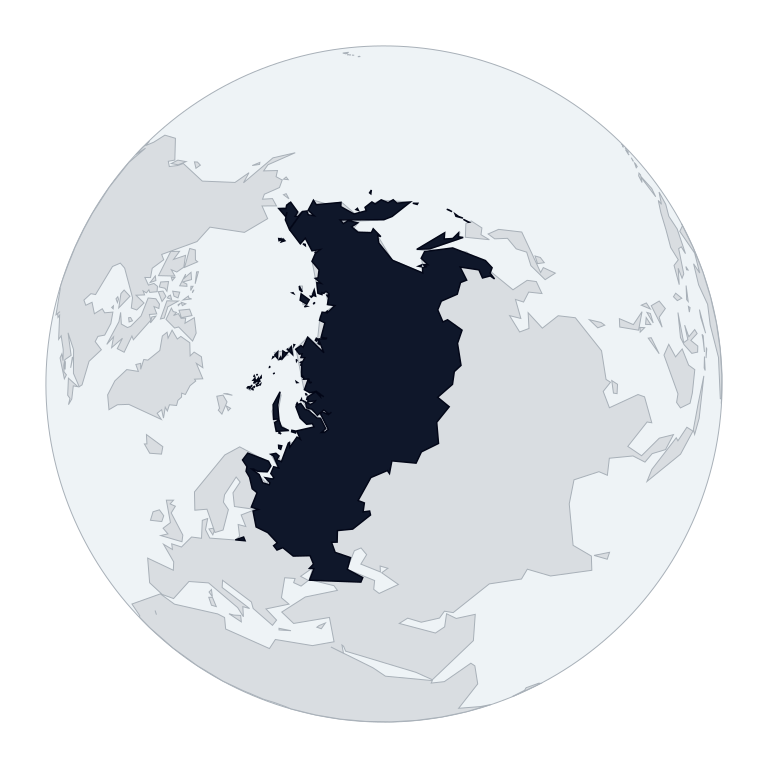 Russia highlighted on a globe, orthographic projection, rotated 287°
{"feature_id": "RUS", "entity_name": "Russia", "entity_type": "country or territory", "adm_level": 0, "iso_a3": "RUS", "parent_name": "Europe", "parent_adm1": "", "projection": "orthographic", "projection_center": [98.07, 61.527], "detail": "fine", "context": "on_globe", "style": "filled", "palette": "ink", "viewbox_px": 768, "rotation_deg": 287, "n_neighbors": 0, "source": "natural_earth", "source_scale": "50m", "svg_char_len": 17982}
<svg xmlns="http://www.w3.org/2000/svg" viewBox="0 0 768 768"><g transform="rotate(287 384 384)"><circle cx="384" cy="384" r="338" fill="#eef3f6" stroke="#a8b0b8"/><path d="M521.4,75.3L539.8,87.0L531.0,79.7L539.5,84.0L547.5,88.8L542.3,86.3L547.9,93.1L557.9,101.7L558.0,112.7L537.0,118.5L533.9,112.6L529.2,115.1L532.7,123.0L536.2,127.6L524.9,150.9L533.2,182.6L546.6,193.1L535.3,190.8L567.8,211.7L579.2,231.5L559.7,208.9L552.6,206.6L557.0,219.7L550.7,220.2L549.3,227.0L541.3,226.6L530.5,214.1L525.2,213.8L528.7,223.1L522.9,229.1L518.6,215.3L508.1,224.4L488.2,206.2L483.1,171.7L465.5,163.5L442.9,133.5L438.4,137.0L426.9,128.5L417.5,129.6L416.0,124.2L409.7,129.8L412.9,134.6L411.2,138.8L405.9,140.0L403.1,133.2L405.3,131.6L401.7,130.2L402.6,126.4L399.2,129.0L396.4,120.9L391.3,130.8L382.5,125.9L382.8,120.1L393.0,118.3L419.0,102.1L422.5,96.5L417.0,90.0L385.2,82.0L384.7,77.3L376.5,72.5L372.1,75.8L376.8,80.9L366.5,86.5L373.6,92.6L370.4,96.0L373.5,103.7L362.0,105.1L349.1,102.6L345.9,96.5L340.1,95.4L334.1,103.7L319.5,95.3L294.9,95.5L292.3,93.3L303.4,83.9L326.1,77.1L340.6,66.9L319.9,76.4L313.9,71.7L308.2,72.3L302.0,74.5L299.9,77.6L295.5,76.8L314.2,66.6L318.5,67.1L312.5,70.2L323.1,67.2L335.7,61.2L331.6,59.8L354.9,53.7L352.3,52.8L355.9,51.3L358.5,53.0L354.3,50.1L381.0,46.5L378.5,46.1L387.7,46.1L393.1,46.3L406.7,47.1L423.0,48.5L422.4,48.3L444.6,51.7L461.8,55.2L492.0,63.8L521.4,75.3ZM690.9,253.2L688.6,251.1L688.4,247.8L690.9,253.2ZM688.2,253.0L688.8,253.0L688.6,253.6L688.2,253.0ZM688.7,255.5L688.4,253.7L689.1,256.1L688.7,255.5ZM689.7,259.4L689.1,257.2L689.3,257.6L689.7,259.4ZM690.2,264.5L690.2,265.6L689.3,263.3L690.2,264.5ZM538.8,129.7L533.5,123.1L532.6,116.1L537.8,121.4L538.8,129.7ZM539.6,144.4L535.3,141.1L541.0,137.8L541.7,140.7L539.6,144.4ZM557.6,200.8L554.4,194.1L559.6,200.5L557.6,200.8ZM550.5,228.0L553.4,229.9L551.4,232.7L550.5,228.0ZM379.7,102.4L376.7,103.0L377.6,101.2L379.7,102.4ZM383.9,105.3L387.1,102.8L389.6,103.9L387.5,105.3L383.9,105.3ZM537.4,234.8L533.3,239.0L535.6,232.5L537.4,234.8ZM379.2,108.1L393.6,106.0L397.9,108.0L393.6,115.4L379.2,108.1ZM529.7,240.0L519.9,250.8L525.5,255.7L504.1,248.6L519.5,241.5L521.5,232.6L524.5,238.8L529.7,240.0ZM416.2,135.6L412.6,130.6L420.5,133.7L416.2,135.6ZM421.7,136.7L448.4,141.3L451.1,149.7L441.6,146.3L449.0,156.6L437.2,158.4L430.5,153.1L431.1,147.2L426.1,152.5L421.7,136.7ZM493.8,243.2L489.9,244.2L492.0,240.8L493.8,243.2ZM411.1,140.7L416.3,140.7L419.0,148.0L409.2,149.3L411.5,146.5L411.1,140.7ZM456.8,158.6L457.0,164.4L447.5,167.4L446.4,170.1L437.2,159.2L456.8,158.6ZM408.2,145.5L404.1,149.8L398.0,147.6L406.3,141.2L408.2,145.5ZM423.9,149.4L424.7,152.9L421.0,151.3L423.9,149.4ZM374.1,142.8L380.2,142.3L382.2,146.0L374.1,142.8ZM403.0,151.6L405.1,152.3L406.6,153.8L402.7,156.2L403.0,151.6ZM431.1,162.2L427.1,162.3L434.4,166.8L427.6,169.4L422.7,161.7L421.9,166.2L419.8,167.0L418.2,159.9L431.1,162.2ZM403.2,163.1L394.6,154.7L382.8,154.6L380.8,151.2L400.1,152.1L403.2,163.1ZM412.1,161.8L406.1,161.8L406.6,157.5L411.0,154.8L412.1,161.8ZM424.7,174.1L436.4,172.0L437.1,173.7L424.7,174.1ZM399.7,163.9L401.8,165.9L398.8,164.4L399.7,163.9ZM416.9,171.8L421.0,170.8L421.6,172.8L416.9,171.8ZM402.7,171.0L400.0,168.2L402.9,166.2L402.7,171.0ZM409.2,172.1L409.1,175.2L405.6,167.2L410.9,171.2L409.2,172.1ZM416.9,173.9L418.6,174.8L415.1,174.1L416.9,173.9ZM393.3,180.4L388.2,170.8L394.6,166.4L398.7,176.2L393.3,180.4ZM82.2,231.9L89.5,218.5L91.1,218.1L99.9,207.3L117.9,231.5L112.2,248.0L115.5,292.2L114.1,299.8L103.4,304.2L97.5,351.8L107.9,354.8L112.9,392.1L122.9,411.6L144.8,400.1L128.6,367.6L136.0,352.9L157.3,371.0L173.0,399.8L176.5,395.1L175.1,369.7L187.5,369.7L175.7,360.5L174.0,369.1L166.5,363.8L167.6,355.7L172.0,355.8L169.7,345.7L149.6,348.4L145.7,357.5L134.4,336.9L126.8,350.3L120.6,347.9L131.1,324.5L136.8,320.9L149.1,287.0L142.1,288.7L130.0,321.1L129.8,314.1L120.3,317.6L127.4,309.4L142.5,274.4L138.1,255.2L117.3,245.5L117.9,233.5L125.4,218.0L148.4,208.9L144.3,237.0L152.4,234.9L166.3,220.0L163.9,230.1L169.1,227.7L168.9,238.0L181.4,244.7L183.1,254.6L200.5,250.1L203.8,254.7L192.5,255.9L185.7,262.4L191.4,287.7L196.2,290.4L207.0,285.6L207.3,293.5L217.0,285.7L226.4,297.7L223.1,276.8L235.8,271.4L248.2,275.1L251.8,269.8L231.5,263.9L224.0,265.0L218.4,271.9L197.3,272.8L192.6,265.8L212.5,251.3L208.0,240.0L225.4,234.3L269.6,252.5L281.7,264.4L275.3,297.2L265.3,297.8L262.6,286.1L253.7,302.7L259.9,298.6L260.1,305.4L272.2,302.6L272.9,307.4L283.3,296.9L285.6,302.4L278.9,309.0L298.8,310.4L306.8,320.8L310.9,318.9L313.1,313.9L321.8,330.9L324.5,328.8L322.7,322.4L326.8,314.1L337.5,306.3L339.9,312.6L336.4,316.3L332.6,333.7L322.8,343.0L324.9,344.8L334.0,338.4L338.6,316.9L344.4,310.5L343.6,320.7L344.3,316.5L348.0,315.3L353.8,320.2L355.3,309.1L391.9,289.5L406.9,297.6L402.1,308.4L430.2,303.0L444.9,313.6L443.2,307.5L455.5,301.5L451.1,298.1L451.2,294.7L480.8,279.1L489.6,280.7L500.4,268.1L499.6,265.1L493.6,263.1L504.1,248.6L525.5,255.7L526.4,262.0L539.2,262.6L539.4,277.3L545.5,290.1L538.3,306.6L543.8,315.7L548.2,314.9L558.9,327.1L565.7,355.8L540.8,335.9L526.7,295.8L530.8,312.2L524.1,309.7L522.0,316.4L525.3,328.2L529.3,328.7L505.0,355.5L501.6,389.4L515.9,382.9L525.9,389.0L534.5,424.4L511.8,479.8L525.0,490.6L526.5,499.7L516.7,508.6L514.2,495.5L503.2,493.5L503.3,485.0L486.7,495.7L486.1,484.1L473.4,498.5L479.5,506.4L494.3,501.0L483.7,519.1L500.2,530.6L503.3,547.6L479.4,582.3L453.3,595.0L451.9,600.1L441.0,595.8L427.2,606.5L448.2,630.0L447.9,636.9L425.2,651.4L424.6,646.7L395.6,635.4L390.7,651.3L412.7,663.1L420.2,675.6L403.6,672.4L395.8,660.8L385.6,656.4L388.0,643.2L378.9,621.2L362.0,624.3L363.0,615.2L347.9,593.7L323.5,596.2L285.0,612.0L280.1,632.6L266.6,637.2L249.1,599.4L248.8,575.2L237.7,572.5L223.6,543.1L185.6,517.0L184.4,508.2L176.4,505.5L167.1,489.3L167.0,475.1L159.5,468.6L160.9,506.0L169.5,513.0L182.6,511.0L180.9,521.6L190.4,538.6L164.7,544.5L115.3,516.7L117.6,498.9L117.3,425.4L121.3,422.1L121.6,421.4L122.1,420.1L114.6,424.0L117.0,410.1L109.4,456.3L105.0,470.8L114.5,516.9L111.8,516.6L117.0,528.7L142.4,548.7L141.0,553.3L124.6,561.3L95.7,550.2L103.7,570.5L108.7,579.9L94.7,558.7L82.4,536.5L71.8,513.4L63.0,489.6L56.0,465.2L50.8,440.4L47.5,415.2L46.1,389.9L46.7,384.3L47.3,372.8L47.3,360.8L48.8,347.1L49.6,338.8L52.8,316.8L60.1,287.7L69.9,259.3L82.2,231.9ZM100.5,231.3L97.4,233.4L97.4,233.5L100.5,231.3ZM182.3,440.6L196.5,456.4L202.8,437.0L208.9,441.6L208.8,433.5L203.2,435.5L205.0,414.5L215.7,417.3L220.5,410.0L215.9,404.4L196.0,402.8L193.3,432.5L184.6,434.2L182.3,440.6ZM312.8,72.3L311.2,73.1L304.7,74.8L307.3,73.0L312.8,72.3ZM278.4,89.8L272.0,88.3L278.4,87.9L280.8,84.8L297.3,80.5L291.9,92.1L291.4,87.4L278.4,89.8ZM317.7,78.7L307.9,79.6L318.8,78.1L317.7,78.7ZM198.0,206.0L193.6,211.9L187.5,211.7L185.4,200.5L194.3,200.5L198.0,206.0ZM189.0,220.3L209.3,209.8L211.4,216.7L206.8,214.5L206.1,220.2L198.5,218.2L180.7,235.8L174.1,236.9L173.8,214.8L177.5,221.2L181.5,214.9L189.0,220.3ZM257.4,174.8L266.2,171.6L259.4,190.8L251.9,191.7L249.3,180.2L256.6,172.4L257.4,174.8ZM368.8,122.1L372.7,120.4L373.5,122.2L370.9,125.0L368.8,122.1ZM376.8,142.3L353.0,131.4L356.2,128.9L338.4,126.2L339.8,118.6L351.3,120.5L339.1,112.9L350.0,111.6L340.8,107.3L366.1,112.3L375.5,111.2L364.5,115.3L363.0,122.2L365.1,124.9L378.1,131.8L397.3,133.3L398.8,140.9L394.8,145.9L390.4,146.6L390.8,141.4L384.6,146.2L381.9,139.3L376.8,142.3ZM346.6,206.0L348.9,198.5L336.0,209.2L333.2,201.4L331.8,203.1L325.7,199.0L315.9,197.1L316.1,193.2L312.3,194.2L308.1,191.7L302.8,191.9L301.4,184.9L294.8,184.7L297.8,181.6L286.9,183.1L294.4,178.9L289.7,175.6L285.0,181.4L289.9,145.9L286.2,135.1L279.0,128.5L292.8,122.9L308.3,125.7L322.6,133.8L324.2,145.4L330.1,141.0L332.6,145.3L326.9,147.0L337.2,147.1L337.8,151.2L350.5,159.8L365.1,158.0L370.1,161.4L364.7,164.1L373.5,165.6L366.6,173.2L370.1,175.8L366.7,186.2L354.2,190.4L359.0,193.1L356.7,201.4L346.6,206.0ZM392.0,183.2L377.7,189.5L369.1,188.4L378.5,170.9L376.3,167.4L382.1,156.6L394.4,158.5L391.6,161.3L391.8,164.6L387.9,162.7L391.2,166.7L387.4,170.8L389.0,175.1L383.9,175.9L392.0,183.2ZM119.0,302.9L119.1,307.9L120.8,314.6L114.8,317.1L119.0,302.9ZM128.8,278.8L129.8,282.3L122.1,288.7L122.0,283.7L128.8,278.8ZM137.0,279.1L130.5,282.0L133.9,277.5L137.0,279.1ZM194.2,259.0L196.1,262.7L193.8,264.6L189.7,264.4L194.2,259.0ZM307.8,237.8L310.5,233.2L312.7,233.8L323.4,227.7L326.3,233.3L321.0,239.1L307.8,237.8ZM138.3,397.8L131.6,395.6L131.8,390.9L134.1,392.6L138.3,397.8ZM119.7,355.0L120.9,367.2L118.1,355.5L119.7,355.0ZM312.9,242.8L316.9,239.6L315.9,244.4L312.9,242.8ZM329.0,237.1L328.9,242.3L327.9,233.3L329.0,237.1ZM123.8,599.7L122.8,598.2L132.2,608.0L135.1,608.7L143.2,619.6L143.5,621.4L123.8,599.7ZM502.9,684.4L512.5,681.8L512.0,682.4L502.9,684.4ZM492.9,685.5L504.0,682.4L490.8,687.2L492.9,685.5ZM508.3,681.1L519.6,676.2L524.5,673.6L523.5,675.1L508.3,681.1ZM485.3,687.5L443.3,695.4L426.6,695.8L430.7,693.2L457.8,690.1L485.3,687.5ZM429.3,693.2L403.6,688.1L367.7,664.0L380.6,665.1L418.0,679.2L415.6,681.7L431.2,686.3L429.3,693.2ZM491.1,669.8L488.6,677.0L465.6,681.5L455.1,682.3L447.8,674.5L451.9,669.2L460.5,668.0L493.5,643.3L505.2,644.7L495.2,654.9L504.7,658.9L491.1,669.8ZM281.5,635.0L289.0,648.9L281.7,648.7L281.5,635.0ZM506.4,626.0L493.4,638.3L505.1,623.3L506.4,626.0ZM513.0,612.3L514.1,616.8L508.5,613.8L513.0,612.3ZM452.0,607.4L442.9,609.7L442.4,606.1L453.9,600.8L452.0,607.4ZM505.5,561.6L506.3,573.5L504.8,577.9L500.2,572.0L505.5,561.6ZM343.9,288.8L325.8,290.8L314.7,296.6L311.5,306.5L308.2,293.8L325.3,284.8L343.9,288.8ZM385.7,288.6L388.4,280.5L392.4,283.7L392.4,286.0L385.7,288.6ZM383.6,283.9L377.2,274.7L382.1,269.9L386.2,278.1L383.6,283.9ZM344.4,258.0L338.8,258.1L339.7,254.1L344.4,258.0ZM465.7,711.9L463.9,712.2L468.3,711.2L468.3,709.9L507.2,696.1L535.8,678.7L554.8,670.2L570.8,655.9L589.5,644.9L582.4,653.5L600.0,642.8L616.5,622.2L622.7,623.2L624.5,621.4L605.2,639.4L584.6,656.0L562.7,670.8L539.7,683.9L515.8,695.2L491.1,704.5L465.7,711.9ZM681.4,543.8L682.8,541.1L683.1,540.7L681.4,543.8ZM526.6,676.7L540.3,667.4L547.4,663.9L526.6,676.7ZM680.1,545.5L677.0,550.4L677.5,549.2L680.1,545.5ZM680.7,543.5L680.6,543.0L681.9,542.2L680.7,543.5ZM675.1,550.5L678.6,546.5L674.6,551.5L675.1,550.5ZM672.7,554.3L669.9,557.4L670.1,556.8L672.7,554.3ZM636.9,596.8L648.0,590.9L638.2,600.9L627.6,607.4L618.0,619.0L596.8,634.2L602.1,628.2L599.6,626.2L576.9,638.5L572.3,638.1L580.7,631.5L565.3,637.3L582.2,626.7L588.8,629.1L598.3,618.3L613.9,608.6L628.6,598.8L639.8,592.6L636.9,596.8ZM581.7,640.0L584.6,638.3L581.9,641.5L581.7,640.0ZM664.5,562.0L668.6,559.0L668.0,560.3L665.9,562.6L664.5,562.0ZM642.5,589.1L654.8,572.1L657.5,569.1L649.3,582.8L642.5,589.1ZM652.1,571.9L657.5,566.7L660.2,566.2L659.0,568.2L652.1,571.9ZM547.2,652.4L546.5,654.4L542.0,655.0L547.2,652.4ZM553.1,648.8L566.5,644.1L551.8,650.8L553.1,648.8ZM511.2,658.5L515.3,661.6L528.2,654.3L518.3,661.7L526.9,665.2L523.8,668.7L515.4,664.7L512.0,673.0L506.2,674.6L503.3,669.4L509.3,659.5L515.0,654.0L538.3,644.2L511.2,658.5ZM553.1,643.7L549.5,640.1L552.1,635.3L556.1,636.4L553.1,643.7ZM538.4,631.0L528.3,627.6L519.6,633.4L537.0,616.7L543.8,622.9L538.4,631.0ZM529.3,618.1L521.1,623.6L529.3,614.5L529.3,618.1ZM518.8,621.8L517.5,616.7L524.2,615.3L518.8,621.8ZM533.6,616.8L534.6,607.0L538.2,611.2L533.6,616.8ZM513.7,605.1L528.6,609.6L509.9,611.7L507.4,592.8L515.3,590.0L513.7,605.1ZM546.9,501.8L544.0,495.7L550.6,491.0L550.7,496.5L546.9,501.8ZM569.6,471.3L551.4,487.8L536.4,501.2L541.9,502.3L540.1,515.4L530.9,507.6L540.1,489.9L551.8,481.9L551.9,470.9L559.4,459.5L555.2,447.4L557.9,439.7L565.4,448.4L569.6,471.3ZM552.8,442.6L548.1,418.9L561.3,415.4L565.4,419.8L561.9,432.0L555.1,433.1L552.8,442.6ZM550.8,412.3L544.2,413.2L523.3,383.4L522.2,376.3L545.1,396.5L540.1,398.6L542.9,406.7L550.8,412.3ZM492.0,247.2L490.1,244.4L493.9,245.5L492.0,247.2ZM448.5,293.0L449.3,288.7L453.7,289.9L448.5,293.0ZM453.8,277.4L448.3,279.1L453.2,274.7L453.8,277.4ZM436.1,283.4L445.6,278.5L438.0,287.0L436.1,283.4Z" fill="#d9dde1" stroke="#a8b0b8" stroke-width="1"/><path d="M521.1,453.0L516.8,459.0L518.4,454.0L514.2,447.2L520.9,441.4L518.1,422.6L507.5,432.7L503.4,427.5L491.3,427.8L480.0,414.6L470.6,413.7L460.6,422.2L464.0,426.0L458.3,442.9L444.4,442.4L424.3,452.2L416.4,447.6L403.7,449.6L387.0,439.2L381.3,453.0L362.8,445.6L343.1,453.5L330.0,439.6L317.7,437.8L312.8,414.0L300.0,415.4L302.2,412.5L290.7,398.8L265.0,393.3L264.5,400.0L255.6,401.4L258.3,407.4L254.8,409.4L236.1,396.5L230.2,382.3L219.1,385.4L217.3,380.1L208.7,386.5L208.2,402.7L196.0,403.1L192.6,420.3L187.8,419.8L174.6,370.1L187.0,371.0L185.9,366.6L191.2,369.2L198.2,363.5L192.9,347.5L197.9,335.1L193.9,330.2L197.1,325.7L200.9,328.4L207.9,316.3L209.9,303.5L224.2,295.9L227.3,300.5L227.5,293.1L242.9,294.4L245.3,288.6L255.5,282.7L260.2,277.6L264.9,277.1L270.0,270.9L278.1,273.9L276.4,296.1L272.6,299.8L266.0,298.1L263.6,288.8L264.6,284.2L264.0,282.1L260.9,291.1L254.1,296.8L254.0,303.7L256.1,304.0L259.7,297.9L260.6,305.5L262.4,306.0L265.3,301.9L272.6,302.7L272.9,307.9L282.9,299.3L283.7,296.3L286.1,300.9L284.5,304.7L280.1,303.6L279.7,308.6L299.5,309.8L300.5,310.7L295.8,312.4L307.8,316.3L306.7,320.2L313.7,314.3L322.5,329.6L325.3,327.0L322.9,321.8L326.9,313.8L336.5,306.4L339.6,308.1L341.1,310.1L336.6,316.0L336.8,319.3L331.8,329.9L332.6,333.3L324.3,341.2L319.3,338.3L320.3,341.3L324.3,344.0L336.5,332.4L339.4,332.7L338.4,339.8L341.7,342.0L339.2,340.2L341.6,333.9L334.6,329.5L338.8,322.5L338.6,317.0L343.4,314.4L344.5,310.7L342.8,319.7L346.7,323.1L348.0,323.4L344.6,316.4L349.7,315.1L356.6,321.0L353.2,326.9L355.3,325.7L354.2,330.2L357.3,321.4L353.9,315.7L355.3,309.6L365.8,310.1L363.5,312.3L363.4,313.0L364.6,314.5L363.7,312.6L366.8,310.7L365.0,305.5L366.7,305.4L367.9,303.9L367.4,302.9L378.4,299.6L377.2,298.7L386.1,300.7L385.0,296.8L388.9,296.9L387.8,294.3L391.4,289.4L396.4,293.4L395.4,295.9L406.4,297.3L396.3,317.4L405.0,310.5L403.0,310.5L403.6,309.1L408.2,308.7L409.9,314.8L410.5,315.7L411.1,315.6L410.3,310.2L425.2,309.6L426.1,303.7L434.6,303.8L435.2,307.3L437.8,308.8L434.5,308.4L444.6,314.1L443.5,306.7L454.0,305.3L455.7,301.4L453.1,300.0L453.3,298.0L451.4,298.5L451.5,294.2L461.3,290.1L461.8,294.5L464.9,287.4L466.2,289.9L474.2,288.5L480.2,279.3L488.8,280.2L494.0,283.8L490.3,276.2L500.4,266.1L493.6,263.0L504.0,248.6L525.0,255.5L526.9,259.6L523.7,262.2L524.5,268.1L528.0,260.7L539.1,262.8L535.7,266.8L545.1,289.8L541.0,290.8L537.8,305.6L544.5,316.4L547.4,314.2L554.6,319.2L553.5,322.9L559.3,327.5L558.6,334.9L562.9,338.9L560.7,343.5L565.8,356.1L546.6,342.8L541.2,336.0L528.0,294.0L525.5,298.3L529.8,302.1L530.4,311.7L524.9,307.1L521.5,314.7L525.1,327.7L529.3,328.3L524.0,337.9L524.2,334.5L517.3,337.8L504.8,356.0L501.5,388.6L506.4,386.8L508.9,390.9L508.6,388.3L509.7,386.8L510.9,391.2L515.1,382.8L522.5,384.1L534.2,409.9L531.7,444.9L526.8,453.4L521.1,453.0ZM504.3,248.3L512.1,241.7L520.1,241.0L515.4,240.9L521.0,232.1L523.1,239.0L526.6,238.6L530.6,241.6L523.3,251.3L518.4,250.0L519.2,252.8L525.0,255.5L504.3,248.3ZM346.2,286.9L332.8,288.5L319.8,293.7L318.0,288.7L331.8,284.0L346.2,286.9ZM522.4,376.0L546.4,397.8L540.2,399.2L543.3,407.3L550.4,411.1L546.5,412.0L547.3,416.9L526.6,388.2L522.4,376.0ZM315.1,290.7L319.1,293.9L312.8,298.5L311.7,306.5L307.2,294.8L315.1,290.7ZM437.7,286.7L439.6,279.3L446.0,278.4L442.7,287.9L437.7,286.7ZM378.6,279.5L386.0,277.7L385.1,280.9L386.1,282.7L378.6,279.5ZM379.7,271.0L383.8,273.0L377.5,274.6L379.7,271.0ZM389.3,280.9L389.0,283.3L392.5,284.4L385.5,287.9L389.3,280.9ZM448.2,278.9L449.5,275.8L452.9,274.3L448.2,278.9ZM191.5,287.4L196.6,294.5L193.5,297.0L191.5,287.4ZM342.0,257.2L344.4,258.2L339.5,256.4L342.0,257.2ZM448.1,289.6L453.4,289.8L448.0,292.9L448.1,289.6ZM493.0,245.3L490.4,241.7L492.3,240.8L493.0,245.3ZM295.0,304.3L291.3,304.3L291.7,302.2L294.6,301.1L295.0,304.3ZM346.5,259.1L348.9,259.6L349.0,261.2L346.5,259.1ZM352.4,263.3L350.1,264.6L349.3,263.0L350.6,262.1L352.4,263.3ZM354.0,264.8L352.7,263.5L355.3,264.3L354.0,264.8ZM313.2,313.4L311.3,313.7L311.3,309.6L312.8,309.4L313.2,313.4ZM379.6,277.3L377.8,278.4L376.8,276.6L379.6,277.3ZM349.4,257.8L351.9,258.9L350.1,259.6L349.4,257.8ZM493.0,245.3L492.0,247.3L490.0,244.4L493.0,245.3ZM341.6,254.8L342.3,256.5L339.9,254.1L341.6,254.8ZM340.4,306.8L337.6,306.1L340.6,306.5L340.4,306.8ZM408.0,305.9L407.5,307.8L405.2,306.8L405.8,305.5L408.0,305.9ZM494.3,265.5L494.5,267.8L493.3,268.3L494.3,265.5ZM347.7,263.6L347.2,262.2L348.5,264.0L347.7,263.6ZM350.5,260.0L350.0,261.7L349.5,260.0L350.5,260.0ZM567.4,402.2L566.0,406.3L565.7,411.0L565.4,403.8L567.4,402.2ZM346.0,262.2L345.7,263.9L344.9,263.0L346.0,262.2ZM349.7,314.5L347.3,315.0L346.9,314.6L349.7,314.5ZM544.2,307.2L542.5,308.8L542.6,306.2L544.2,307.2ZM446.4,288.0L447.0,290.0L445.7,289.1L446.4,288.0ZM506.7,382.5L508.7,384.9L507.0,385.2L506.7,382.5ZM565.3,358.7L566.7,363.5L565.4,363.2L565.3,358.7ZM344.2,261.2L342.9,260.8L343.0,260.2L344.2,261.2ZM352.2,311.6L351.1,313.3L350.8,312.7L352.2,311.6ZM435.8,286.1L435.8,287.6L434.5,285.3L435.8,286.1ZM563.3,417.3L564.7,411.7L563.6,418.0L563.3,417.3ZM377.7,269.9L377.7,270.7L376.6,269.9L377.7,269.9ZM307.4,297.9L306.2,300.2L306.4,297.7L307.4,297.9ZM352.7,262.0L351.8,262.2L351.4,261.6L352.7,262.0ZM367.9,269.5L366.5,269.8L366.4,269.6L367.9,269.5ZM562.6,314.3L565.8,315.2L562.0,315.8L562.6,314.3ZM490.4,280.3L489.9,280.6L489.2,279.2L490.4,280.3ZM569.5,395.1L568.7,398.7L569.5,392.9L569.5,395.1ZM353.7,257.8L352.6,257.3L354.0,257.5L353.7,257.8ZM341.4,260.1L340.3,260.4L340.3,259.9L341.4,260.1ZM356.4,260.2L355.6,260.0L355.3,259.4L356.4,260.2ZM347.7,265.9L347.0,265.9L346.9,265.4L347.7,265.9ZM380.2,297.8L381.5,298.8L380.1,298.2L380.2,297.8ZM361.2,275.0L362.3,275.9L362.5,276.3L361.2,275.0ZM382.0,292.9L381.1,293.9L380.3,293.7L382.0,292.9ZM345.4,309.5L344.2,310.0L343.9,309.2L345.4,309.5ZM321.3,339.8L320.2,340.7L320.1,339.1L321.3,339.8ZM441.0,293.3L441.8,294.2L439.6,293.1L441.0,293.3ZM360.6,299.4L360.1,300.9L359.7,300.0L360.6,299.4ZM452.2,303.3L452.7,304.2L451.4,304.3L452.2,303.3ZM366.0,304.2L367.2,303.9L367.3,304.2L366.0,304.2ZM395.3,286.3L395.4,287.0L394.1,286.7L395.3,286.3ZM341.3,259.4L340.6,259.6L340.7,258.9L341.3,259.4ZM444.7,270.3L444.1,271.0L444.3,269.6L444.7,270.3Z" fill="#0f172a" stroke="#020617" stroke-width="1.5"/></g></svg>